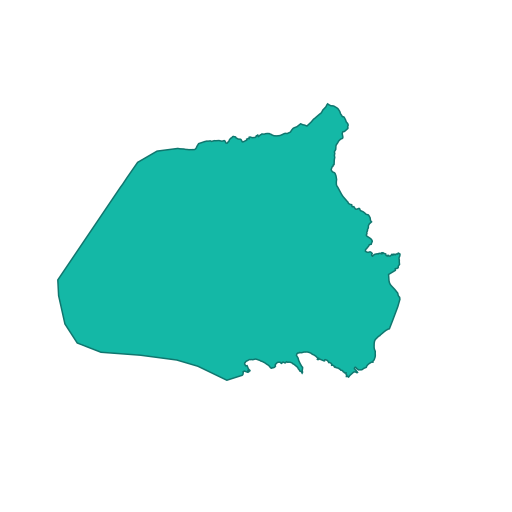 Kpando Municipal, Volta, Ghana, rotated 302°
{"feature_id": "2480657B39800519073464", "entity_name": "Kpando Municipal", "entity_type": "district", "adm_level": 2, "iso_a3": "GHA", "parent_name": "Ghana", "parent_adm1": "Volta", "projection": "orthographic", "projection_center": [0.337, 7.0], "detail": "fine", "context": "isolated", "style": "filled", "palette": "teal", "viewbox_px": 512, "rotation_deg": 302, "n_neighbors": 0, "source": "geoboundaries", "source_scale": "gbopen_adm2", "svg_char_len": 6132}
<svg xmlns="http://www.w3.org/2000/svg" viewBox="0 0 512 512"><g transform="rotate(302 256 256)"><path d="M292.5,116.5L272.7,106.0L254.0,105.1L246.1,104.9L242.4,104.6L130.7,100.6L117.8,109.6L97.1,130.0L87.5,150.5L92.2,175.5L110.6,210.5L125.8,243.9L131.7,265.1L135.2,297.1L147.5,307.5L148.6,307.7L150.4,306.9L150.9,306.4L152.2,307.0L153.0,310.5L153.2,310.9L153.5,310.9L153.5,310.6L154.0,310.1L154.8,309.8L155.2,309.9L155.2,310.5L155.1,310.8L155.6,310.5L155.3,311.6L155.5,311.7L155.9,311.0L155.9,310.2L156.5,309.0L158.3,306.5L157.4,305.5L158.3,303.7L159.4,303.1L160.1,303.3L161.2,303.3L161.9,303.7L162.2,303.7L162.7,304.3L163.7,304.7L164.7,305.3L165.2,306.3L165.6,306.7L166.1,307.6L166.3,308.2L168.3,310.1L168.8,311.5L169.5,314.7L169.5,316.0L170.0,317.5L169.9,318.2L170.1,319.7L169.9,323.1L170.0,323.3L169.8,325.2L168.9,327.7L169.0,328.5L169.2,328.9L169.9,329.0L170.6,330.1L171.5,330.7L172.9,330.9L173.4,330.3L174.1,329.9L177.0,330.5L177.8,331.3L178.7,332.7L178.4,334.0L178.4,334.5L179.2,334.8L179.7,334.7L180.4,335.2L180.7,337.3L181.3,337.7L182.4,337.8L182.7,339.3L183.0,339.5L184.0,341.2L184.4,343.1L184.1,344.6L184.3,345.5L183.7,349.8L183.4,350.7L182.7,351.7L182.5,352.8L181.7,354.0L181.7,354.9L182.0,355.4L182.0,356.0L181.4,356.6L181.1,357.2L181.8,357.2L182.9,356.4L183.5,355.8L184.9,355.3L186.3,354.5L186.6,353.3L188.3,350.2L190.1,347.5L191.8,345.7L193.1,343.0L194.8,342.5L196.0,342.9L196.4,343.8L197.2,343.9L197.7,345.2L198.3,346.1L199.9,347.5L201.8,350.4L202.4,352.3L202.7,354.0L202.5,355.7L202.8,357.9L202.7,360.0L202.1,362.4L202.3,362.9L200.9,362.8L200.9,363.4L201.5,364.0L202.3,364.4L203.1,369.3L203.4,369.7L204.4,369.3L204.8,369.6L205.2,371.5L205.1,372.3L204.2,374.3L204.7,374.8L204.8,376.8L204.2,377.9L203.6,377.8L203.4,378.1L204.1,378.9L204.0,380.5L203.4,381.4L204.0,381.7L204.0,382.1L203.7,382.8L204.6,385.7L204.3,386.6L204.5,387.4L204.1,388.4L204.6,389.8L204.5,390.5L204.1,391.1L204.1,392.2L203.8,393.0L204.6,394.3L203.7,394.7L203.5,395.2L203.1,395.6L203.0,396.2L202.0,396.3L201.7,396.5L202.5,397.9L202.4,398.7L204.5,398.9L208.9,400.2L209.8,400.7L210.4,402.0L210.5,403.5L211.1,403.8L211.7,402.3L212.5,399.2L213.1,398.9L214.0,398.9L214.4,399.4L213.9,401.3L213.8,403.4L215.5,405.9L215.9,406.2L217.9,407.0L220.0,408.5L221.9,408.2L224.1,408.7L227.2,410.2L227.9,411.4L228.5,411.0L229.3,411.0L230.3,411.2L231.5,411.0L233.6,410.5L235.2,409.7L236.1,409.0L238.3,407.7L239.8,405.7L241.2,404.5L244.2,402.7L245.9,401.9L247.4,401.5L248.6,401.5L252.9,402.5L254.0,403.2L255.0,403.3L259.6,404.8L262.0,405.7L264.4,407.1L264.9,407.7L273.4,406.1L288.2,403.1L295.5,401.0L297.1,399.7L297.4,398.4L298.2,397.2L299.6,395.9L301.1,391.7L302.5,386.4L303.0,385.0L304.0,383.4L305.6,381.8L310.6,378.2L317.7,381.8L319.0,380.8L319.5,381.2L320.0,382.1L321.5,382.8L321.9,382.4L323.1,382.0L324.9,382.2L326.8,380.7L328.5,379.7L329.4,378.8L330.4,378.2L332.3,377.9L333.9,377.1L334.0,376.4L333.9,375.1L333.7,375.0L332.7,375.1L332.1,373.9L330.7,373.3L330.9,372.7L330.5,371.8L330.3,371.6L329.9,371.8L329.3,371.6L329.6,370.9L329.5,370.4L329.2,370.2L328.1,370.2L326.9,369.7L326.4,368.8L326.4,368.6L326.8,368.1L326.5,367.5L326.0,367.7L325.6,367.5L325.4,366.4L325.5,365.9L326.5,364.9L326.0,362.9L325.3,362.2L325.9,362.3L326.1,362.1L326.1,361.9L325.8,361.6L325.5,361.0L324.1,360.3L323.9,359.6L323.4,358.9L323.2,358.8L322.8,358.8L321.9,357.4L320.5,355.9L318.8,355.1L317.6,355.0L317.5,354.8L317.9,353.7L318.7,353.3L319.7,353.2L320.1,352.1L320.0,350.5L318.5,349.2L318.3,348.7L318.0,347.8L318.0,346.3L319.3,345.6L319.8,345.6L321.0,345.9L324.5,346.3L325.6,346.1L327.0,347.5L327.9,347.2L329.9,346.9L330.4,346.5L330.9,345.8L331.4,344.5L331.5,343.7L331.6,339.9L331.7,339.1L332.2,338.5L332.8,338.3L333.6,338.3L334.7,337.4L336.6,337.1L337.5,336.5L339.0,336.4L339.7,336.2L341.0,335.4L341.5,335.2L343.4,335.1L346.2,335.9L346.7,334.4L348.9,332.5L349.8,330.9L350.4,329.5L349.7,327.2L350.1,325.5L350.3,323.3L349.9,320.7L350.1,320.0L351.0,318.8L351.0,318.1L349.2,316.8L348.6,315.7L348.7,315.0L349.7,312.8L348.9,311.7L348.8,311.4L349.2,310.8L350.0,310.3L350.2,309.9L349.6,308.3L349.6,307.0L349.7,306.3L350.4,305.5L350.5,304.9L352.6,298.1L353.8,295.6L357.7,288.8L358.2,287.5L359.2,286.3L361.3,284.9L363.6,283.8L366.3,281.4L367.7,279.6L368.2,278.5L367.9,276.2L368.3,275.2L369.0,274.0L371.9,273.3L372.7,273.7L374.4,273.3L374.7,273.7L375.0,273.7L379.1,271.4L381.4,270.5L382.2,269.7L382.8,269.2L384.8,268.4L385.7,267.4L386.2,267.2L387.8,267.2L388.7,267.1L391.8,265.4L392.9,265.2L394.9,265.3L397.4,265.2L399.9,265.8L401.4,266.9L402.2,267.0L403.2,266.4L405.5,264.2L407.2,263.8L407.6,264.0L408.2,264.8L409.0,265.2L412.8,266.3L413.5,266.0L414.0,265.3L415.9,264.8L416.9,263.6L417.6,261.4L418.9,259.8L420.3,257.4L420.5,256.6L420.1,255.9L420.0,255.2L420.7,254.1L421.2,252.6L423.0,250.4L424.3,247.6L424.5,246.2L424.4,242.6L424.1,241.7L423.1,239.9L422.9,238.0L423.0,236.1L421.5,236.0L420.1,236.2L419.4,236.2L415.1,235.3L413.5,235.5L411.6,235.4L411.1,235.3L410.4,234.9L405.3,233.3L404.5,233.1L402.5,232.3L398.8,231.8L393.2,230.3L392.8,227.9L392.1,226.1L391.8,223.8L387.3,222.2L384.8,220.3L383.8,219.8L381.6,219.5L379.3,219.5L376.3,217.5L375.7,216.1L374.9,215.2L371.8,213.2L370.7,212.3L368.8,209.9L367.5,207.5L367.3,206.3L367.1,204.7L367.2,204.2L366.9,203.4L366.9,202.5L366.1,201.0L365.0,199.5L363.6,198.3L362.6,196.3L361.8,196.1L361.1,195.5L360.8,195.6L358.6,194.7L359.5,193.4L358.5,193.0L358.3,192.7L358.2,192.6L357.8,192.9L357.4,192.9L356.8,192.6L356.0,192.4L355.6,191.7L354.6,190.6L354.0,188.9L353.9,188.2L353.2,187.3L351.9,188.0L351.6,187.1L351.2,187.0L350.2,186.2L349.7,186.7L349.4,186.7L346.8,185.2L345.7,184.3L345.6,183.8L346.8,181.6L346.7,180.7L345.8,179.2L345.6,176.5L346.0,175.9L346.1,175.4L345.6,174.2L345.4,173.4L344.9,173.0L343.2,172.7L342.6,172.2L342.0,172.1L340.6,171.9L338.7,172.2L338.0,171.9L336.5,171.8L336.2,171.5L335.9,170.7L337.1,168.6L337.0,167.8L336.1,167.1L335.2,166.1L334.3,163.4L332.4,160.8L331.7,159.5L329.6,157.6L329.4,156.2L327.9,154.4L327.4,153.4L325.9,151.9L320.9,147.8L317.8,147.8L315.7,148.1L314.5,147.9L313.6,147.4L310.6,142.8L309.9,141.3L309.0,139.6L308.5,138.1L306.6,134.7L305.8,132.7L292.5,116.5Z" fill="#14b8a6" stroke="#0f766e" stroke-width="1.5"/></g></svg>